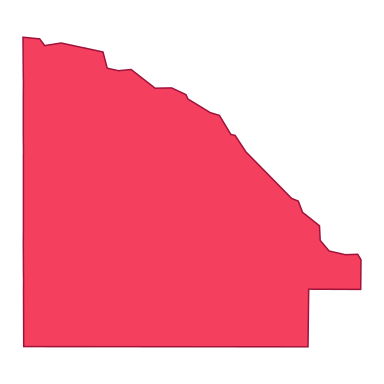 Lac qui Parle, Minnesota, United States of America
{"feature_id": "52423323B12319961540390", "entity_name": "Lac qui Parle", "entity_type": "district", "adm_level": 2, "iso_a3": "USA", "parent_name": "United States of America", "parent_adm1": "Minnesota", "projection": "mercator", "projection_center": [-96.201, 45.037], "detail": "fine", "context": "isolated", "style": "filled", "palette": "rose", "viewbox_px": 384, "rotation_deg": 0, "n_neighbors": 0, "source": "geoboundaries", "source_scale": "gbopen_adm2", "svg_char_len": 658}
<svg xmlns="http://www.w3.org/2000/svg" viewBox="0 0 384 384"><path d="M23.7,346.6L308.0,346.8L308.7,289.2L360.7,289.4L361.0,259.8L357.7,254.3L345.2,254.7L329.1,251.0L320.2,240.4L319.5,225.8L302.5,212.3L298.3,201.1L291.6,198.4L246.0,152.0L235.1,135.4L230.9,134.5L219.4,115.4L210.2,112.6L187.9,99.0L186.0,94.7L171.6,87.9L155.1,88.2L131.1,69.5L118.5,70.7L107.2,68.2L103.0,52.0L61.2,43.0L44.7,45.6L39.7,38.9L23.0,37.2L23.3,77.4L23.4,80.2L23.4,81.3L23.3,97.8L23.3,134.2L23.3,135.2L23.5,153.6L23.4,154.4L23.4,182.7L23.4,183.6L23.4,188.8L23.4,232.1L23.3,242.0L23.5,276.6L23.6,279.3L23.5,290.4L23.7,346.6Z" fill="#f43f5e" stroke="#9f1239" stroke-width="1.5"/></svg>